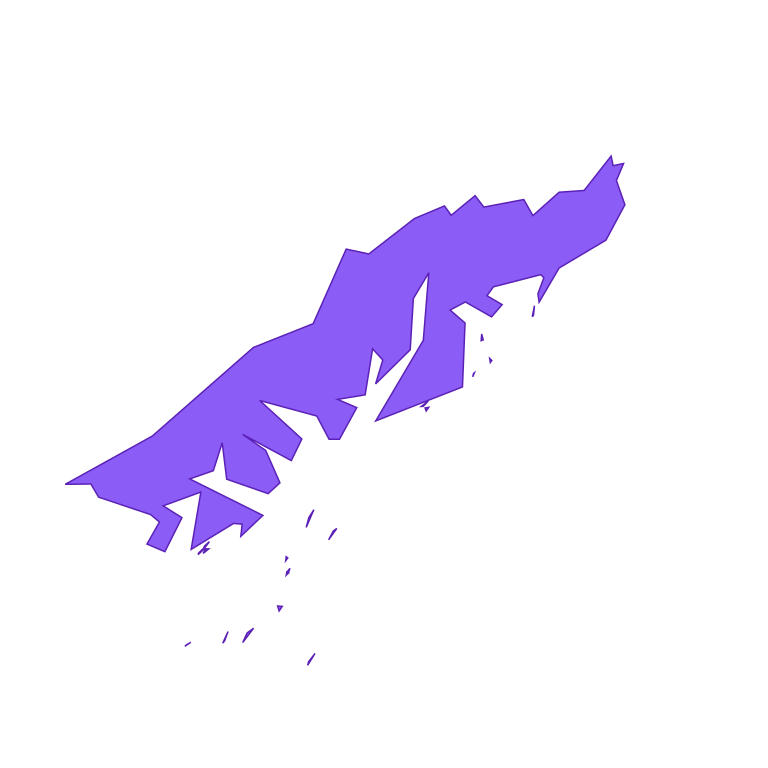 Reykhólahreppur, Vestfirðir, Iceland, rotated 316°
{"feature_id": "244011B19971250001035", "entity_name": "Reykhólahreppur", "entity_type": "district", "adm_level": 2, "iso_a3": "ISL", "parent_name": "Iceland", "parent_adm1": "Vestfirðir", "projection": "robinson", "projection_center": [-22.458, 65.5], "detail": "medium", "context": "isolated", "style": "filled", "palette": "violet", "viewbox_px": 768, "rotation_deg": 316, "n_neighbors": 0, "source": "geoboundaries", "source_scale": "gbopen_adm2", "svg_char_len": 1979}
<svg xmlns="http://www.w3.org/2000/svg" viewBox="0 0 768 768"><g transform="rotate(316 384 384)"><path d="M709.5,391.8L700.5,386.1L705.7,377.8L662.4,383.8L643.2,367.7L608.1,366.3L612.7,348.4L578.7,326.1L580.4,311.8L549.5,309.3L551.2,297.9L520.8,286.1L463.4,279.9L450.5,260.7L375.0,291.4L315.5,267.0L181.2,260.5L85.0,234.7L103.7,252.3L100.1,267.2L125.4,315.8L126.6,327.3L102.3,334.5L109.9,352.4L145.8,339.8L140.5,318.2L177.2,334.5L130.4,369.0L178.9,379.8L184.6,386.3L175.2,394.1L205.6,394.4L178.3,317.3L201.0,327.8L226.8,313.9L204.7,343.2L224.5,382.4L240.5,382.8L252.7,349.7L247.3,322.0L264.1,374.7L286.7,366.5L283.1,309.5L313.4,360.4L306.1,385.6L313.6,392.8L348.0,382.1L339.9,362.8L362.9,378.7L400.2,350.8L399.8,365.9L378.0,378.1L426.6,377.6L464.5,342.9L493.5,335.1L442.6,379.9L352.4,404.8L438.4,440.6L484.7,396.4L482.9,376.7L499.5,381.5L508.0,410.4L524.1,409.0L519.4,392.0L530.2,390.1L572.7,414.2L572.8,418.6L557.4,426.0L552.4,432.9L590.6,422.2L643.6,434.7L681.8,422.4L692.5,399.1L709.5,391.8ZM120.5,469.1L112.7,468.0L102.8,471.8L120.5,469.1ZM228.4,433.1L246.2,425.7L237.1,427.9L228.4,433.1ZM156.3,473.3L153.3,469.8L150.9,474.4L156.3,473.3ZM486.0,421.2L489.0,415.9L484.0,420.3L486.0,421.2ZM400.0,431.9L396.9,429.8L395.6,432.7L400.0,431.9ZM148.9,376.1L142.2,375.9L140.5,376.7L140.6,377.3L138.8,376.8L133.4,376.8L131.7,377.5L138.5,377.8L148.9,376.1ZM143.4,380.9L141.3,378.8L136.2,380.2L143.4,380.9ZM404.1,427.0L395.2,426.0L396.6,427.3L404.1,427.0ZM61.1,434.5L58.5,434.3L65.6,435.6L61.1,434.5ZM477.9,442.0L477.8,439.0L475.4,442.4L477.9,442.0ZM147.2,529.9L136.8,531.4L133.7,533.3L147.2,529.9ZM539.3,438.4L546.6,432.2L537.4,438.6L539.3,438.4ZM193.9,442.3L193.7,440.3L190.6,442.8L193.9,442.3ZM249.7,455.1L245.5,454.5L235.9,457.6L249.7,455.1ZM184.1,453.5L188.3,451.3L184.2,451.8L183.9,452.9L183.5,451.7L180.9,453.6L184.1,453.5ZM91.0,458.0L99.9,453.7L88.0,458.4L91.0,458.0ZM455.8,438.6L452.8,440.5L456.8,438.7L455.8,438.6Z" fill="#8b5cf6" stroke="#5b21b6" stroke-width="1.5"/></g></svg>